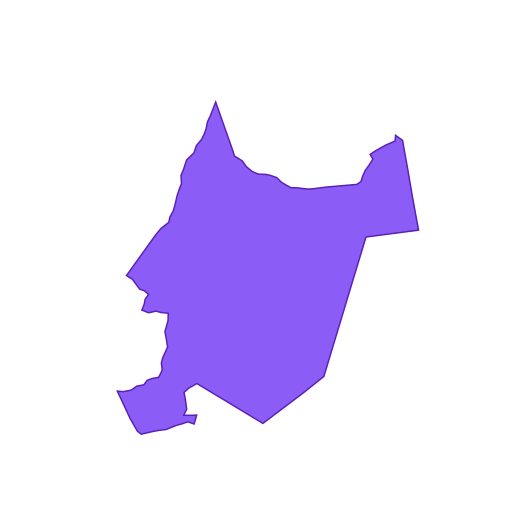 the district of Gameleira, Pernambuco, Brazil, rotated 248°
{"feature_id": "56859067B34418784496938", "entity_name": "Gameleira", "entity_type": "district", "adm_level": 2, "iso_a3": "BRA", "parent_name": "Brazil", "parent_adm1": "Pernambuco", "projection": "natural_earth1", "projection_center": [-35.378, -8.618], "detail": "fine", "context": "isolated", "style": "filled", "palette": "violet", "viewbox_px": 512, "rotation_deg": 248, "n_neighbors": 0, "source": "geoboundaries", "source_scale": "gbopen_adm2", "svg_char_len": 1505}
<svg xmlns="http://www.w3.org/2000/svg" viewBox="0 0 512 512"><g transform="rotate(248 256 256)"><path d="M308.3,435.2L315.6,430.6L310.5,428.1L310.3,418.6L309.4,411.1L308.7,405.9L307.4,399.9L302.1,400.7L297.7,394.6L294.5,389.4L290.0,384.7L285.7,381.2L284.6,376.3L293.4,347.6L297.0,333.9L298.5,329.4L301.3,324.2L304.2,319.0L306.0,314.3L310.3,310.6L315.2,307.0L320.8,304.7L325.1,299.9L328.0,295.7L331.0,288.9L335.7,284.2L342.5,280.5L349.5,278.8L356.7,273.5L363.2,274.0L413.8,276.3L409.5,272.2L403.3,266.4L398.5,261.2L392.5,257.3L388.4,253.6L384.6,249.4L380.7,242.1L374.9,237.2L371.1,227.7L363.4,221.2L358.9,216.7L350.8,213.9L347.1,210.2L341.3,205.3L334.4,200.5L328.7,196.1L324.2,190.6L319.9,187.8L317.1,178.1L313.2,170.9L286.4,128.6L280.6,132.7L268.8,135.7L265.7,139.4L260.6,142.0L257.4,137.0L253.1,134.2L248.6,129.9L243.6,135.2L242.3,142.7L239.2,146.7L235.8,153.2L229.2,150.3L223.8,146.2L220.0,143.2L213.7,142.0L204.7,139.9L196.6,131.4L192.1,128.1L185.3,126.3L180.0,120.3L181.3,114.0L181.5,108.5L178.6,103.7L180.0,96.7L178.4,90.1L180.0,82.0L182.7,76.8L152.8,78.4L138.0,80.4L133.8,82.8L132.8,89.1L131.8,95.4L130.4,101.9L128.8,107.7L128.8,118.7L128.1,124.4L127.8,130.7L123.4,135.7L130.7,141.4L132.7,136.0L135.4,129.4L140.0,134.4L149.1,136.7L156.5,138.2L158.7,144.3L159.9,153.4L98.2,199.7L111.7,249.7L118.9,273.8L145.9,295.5L160.8,307.5L165.0,310.9L187.6,329.0L219.1,354.4L232.4,365.1L219.1,416.4L251.7,423.1L267.8,426.6L278.3,428.9L308.3,435.2Z" fill="#8b5cf6" stroke="#5b21b6" stroke-width="1.5"/></g></svg>